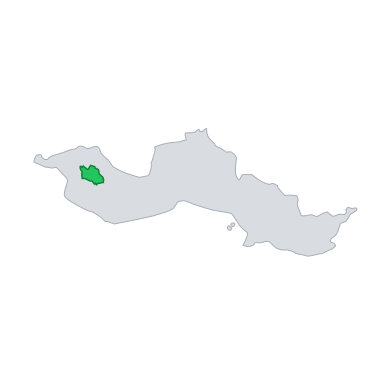 Malawi, with Blantyre highlighted, rotated 115°
{"feature_id": "MWI-1921", "entity_name": "Blantyre", "entity_type": "District", "adm_level": 1, "iso_a3": "MWI", "parent_name": "Malawi", "parent_adm1": "", "projection": "orthographic", "projection_center": [34.955, -15.691], "detail": "fine", "context": "in_parent", "style": "filled", "palette": "green", "viewbox_px": 384, "rotation_deg": 115, "n_neighbors": 0, "source": "natural_earth", "source_scale": "10m", "svg_char_len": 4164}
<svg xmlns="http://www.w3.org/2000/svg" viewBox="0 0 384 384"><g transform="rotate(115 192 192)"><path d="M149.6,222.4L147.4,219.4L145.7,220.2L143.3,222.3L142.0,222.8L141.3,222.8L140.9,222.3L140.3,221.0L138.4,217.2L136.3,214.5L134.1,213.5L132.3,212.3L133.0,211.1L133.9,210.2L133.5,209.3L132.5,208.0L128.5,206.2L128.5,205.4L131.9,203.7L134.1,201.8L135.6,199.9L137.4,195.8L138.9,191.7L140.1,190.4L140.4,187.7L140.2,184.7L140.9,180.8L141.3,177.2L140.1,175.8L139.1,173.3L140.2,169.1L142.0,166.3L150.8,163.2L156.9,160.4L158.2,159.2L160.3,156.9L161.4,154.6L160.6,154.0L155.8,153.9L154.6,153.1L151.0,145.2L152.9,136.0L153.1,132.5L153.0,128.0L152.3,124.8L150.8,123.5L149.9,121.7L150.1,117.0L151.5,116.4L154.5,110.1L155.9,106.4L154.2,103.5L152.4,99.3L151.6,96.6L151.1,95.7L152.3,94.1L154.4,92.4L156.7,92.0L159.2,91.2L166.9,83.3L167.0,81.8L165.6,79.2L162.7,75.3L162.0,73.7L161.7,69.0L160.5,67.6L156.2,64.4L152.9,61.1L153.9,57.7L154.5,54.0L152.8,51.9L150.4,49.8L148.9,46.8L148.2,44.5L146.3,43.6L144.5,43.5L143.3,45.0L141.9,44.9L140.2,44.4L139.6,42.4L139.5,40.3L138.4,38.8L137.2,36.8L137.1,35.7L137.8,35.4L139.3,35.2L145.6,39.2L149.4,39.4L153.6,40.1L157.2,43.7L159.1,44.1L161.5,43.6L168.3,43.2L171.1,43.7L174.6,45.8L176.0,46.1L178.2,46.1L178.6,45.6L178.8,44.3L178.4,41.8L178.9,40.5L180.2,39.0L184.0,40.7L193.3,48.5L193.6,49.5L199.5,57.2L201.5,60.5L201.5,62.3L203.3,69.1L203.7,72.2L203.3,74.7L203.4,76.6L204.1,79.4L203.9,80.6L206.0,84.6L207.0,88.0L207.2,91.4L206.6,94.6L204.8,99.4L204.4,101.3L204.9,103.0L206.1,104.9L208.1,107.0L209.6,109.4L210.6,112.3L211.5,113.6L212.6,113.6L214.5,114.0L216.1,115.7L218.0,118.6L218.6,121.8L218.9,123.2L213.6,123.1L206.9,123.6L205.3,124.9L204.8,127.8L202.7,133.6L201.6,135.8L199.1,139.7L195.7,145.2L195.0,147.0L195.1,148.9L197.1,156.4L199.3,164.3L200.0,167.4L201.5,177.9L202.4,185.3L202.5,189.7L203.2,195.5L205.1,198.7L207.1,200.7L214.6,201.9L216.8,203.3L221.0,207.0L230.2,217.3L235.3,223.9L239.7,229.7L247.7,240.5L253.8,248.9L254.5,256.7L255.5,257.9L253.4,263.6L252.1,273.0L253.0,279.3L252.6,289.9L251.4,301.2L250.0,305.2L248.1,306.8L243.9,308.0L234.5,309.4L233.0,310.7L231.8,312.9L229.9,318.1L227.7,323.3L227.0,325.6L227.4,326.1L229.4,328.8L231.4,335.7L231.7,347.4L231.0,348.3L228.3,348.8L225.3,348.6L224.1,348.0L223.0,346.7L222.2,344.2L224.1,342.4L224.8,339.3L223.6,336.7L221.1,336.1L217.9,333.7L211.1,325.9L205.4,320.4L202.1,315.8L198.7,314.0L197.7,312.9L196.9,310.9L196.8,308.2L197.1,306.1L196.1,303.8L192.6,300.3L191.1,298.3L191.0,295.9L192.4,293.6L195.3,290.9L197.5,285.2L198.3,281.6L202.5,274.3L203.0,267.9L203.1,262.8L202.8,259.0L201.8,251.2L201.0,245.9L195.9,238.8L194.2,238.2L189.3,238.8L185.1,239.9L183.1,241.3L179.9,241.4L171.7,242.7L169.2,243.2L167.7,244.5L166.8,244.8L161.6,239.4L157.1,233.5L151.2,223.5L149.6,222.4ZM209.3,144.8L207.9,145.1L207.1,144.4L207.3,142.3L207.8,140.7L209.2,140.4L210.1,140.9L210.8,141.6L210.8,142.7L210.4,143.9L209.3,144.8ZM206.2,140.9L205.5,143.0L203.8,143.0L202.3,141.1L202.8,139.6L204.2,139.2L205.6,139.7L206.2,140.9Z" fill="#d9dde1" stroke="#a8b0b8" stroke-width="1"/><path d="M226.0,284.0L224.6,286.7L224.5,287.2L224.6,287.8L224.8,288.1L225.0,288.8L225.1,290.0L225.0,294.0L225.1,294.8L225.3,295.5L226.2,297.2L222.0,299.7L221.4,299.8L220.7,299.9L220.2,300.1L220.0,300.3L219.7,300.7L219.0,302.0L218.6,302.5L217.6,303.4L217.3,303.6L216.2,303.9L216.0,304.1L215.9,304.0L215.8,303.8L215.6,303.2L215.6,302.8L215.6,302.6L215.9,302.2L216.0,302.0L215.8,301.8L215.4,301.7L215.0,301.7L214.6,301.7L214.4,301.5L214.5,301.1L215.0,299.9L215.1,299.6L215.0,298.8L215.1,298.4L215.6,297.6L215.7,297.2L215.7,296.9L215.7,296.7L215.4,296.0L215.3,295.8L215.1,295.7L214.6,295.6L210.7,295.2L210.4,292.2L210.1,291.2L210.2,290.7L210.7,290.4L211.0,290.1L211.2,289.8L211.3,289.5L211.2,287.0L211.3,286.3L211.7,285.8L213.6,284.6L214.3,284.4L214.9,283.4L216.3,279.2L217.0,278.2L217.4,278.1L218.4,277.1L218.8,277.0L220.1,276.8L220.8,276.5L220.9,276.4L221.7,278.0L222.6,278.7L223.9,280.7L224.3,281.1L224.7,281.4L225.0,281.4L225.7,281.5L225.9,281.5L226.0,281.7L225.9,281.9L225.1,282.9L224.9,283.1L224.9,283.4L224.9,283.7L225.1,283.9L225.3,284.0L225.5,284.0L226.0,284.0Z" fill="#22c55e" stroke="#15803d" stroke-width="1.5"/></g></svg>